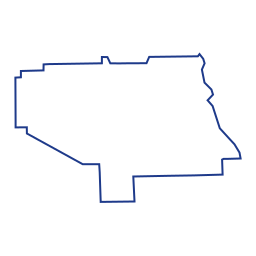 Lee, Alabama, United States of America (Equal Earth projection)
{"feature_id": "52423323B36009531708683", "entity_name": "Lee", "entity_type": "district", "adm_level": 2, "iso_a3": "USA", "parent_name": "United States of America", "parent_adm1": "Alabama", "projection": "equal_earth", "projection_center": [-85.313, 32.581], "detail": "fine", "context": "isolated", "style": "outline", "palette": "blue", "viewbox_px": 256, "rotation_deg": 0, "n_neighbors": 0, "source": "geoboundaries", "source_scale": "gbopen_adm2", "svg_char_len": 667}
<svg xmlns="http://www.w3.org/2000/svg" viewBox="0 0 256 256"><path d="M15.6,121.4L15.6,127.4L26.8,127.3L26.9,133.5L82.7,164.2L99.2,164.2L99.7,172.1L100.7,201.9L125.8,201.6L134.5,201.5L133.3,176.5L168.8,175.8L193.9,175.4L222.6,174.6L222.1,159.6L223.5,158.9L226.3,158.9L240.6,158.5L239.5,152.6L234.5,144.3L230.6,140.1L219.8,128.3L215.9,116.2L212.6,106.0L207.6,100.3L213.0,94.6L211.4,89.5L204.5,82.6L201.9,69.6L204.6,63.3L203.2,58.8L199.5,54.1L197.9,56.3L149.2,56.9L146.5,63.2L126.0,63.3L119.2,63.4L110.3,63.3L107.4,57.1L101.9,57.0L101.9,63.3L49.0,64.1L43.6,64.4L43.5,70.4L20.9,71.0L20.9,77.3L15.4,77.6L15.6,121.4Z" fill="none" stroke="#1e3a8a" stroke-width="2"/></svg>